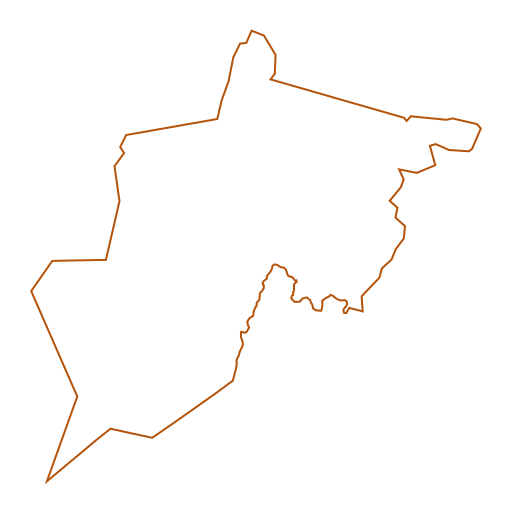 outline of Randolph, West Virginia, United States of America
{"feature_id": "52423323B54631605576846", "entity_name": "Randolph", "entity_type": "district", "adm_level": 2, "iso_a3": "USA", "parent_name": "United States of America", "parent_adm1": "West Virginia", "projection": "orthographic", "projection_center": [-79.767, 38.752], "detail": "fine", "context": "isolated", "style": "outline", "palette": "amber", "viewbox_px": 512, "rotation_deg": 0, "n_neighbors": 0, "source": "geoboundaries", "source_scale": "gbopen_adm2", "svg_char_len": 2086}
<svg xmlns="http://www.w3.org/2000/svg" viewBox="0 0 512 512"><path d="M46.9,481.3L51.5,477.5L68.1,463.6L80.2,453.5L95.9,440.3L110.5,428.7L131.3,433.3L152.2,437.8L176.5,421.0L201.3,403.5L217.1,392.3L232.9,380.6L233.8,377.1L234.8,373.3L235.8,369.4L236.7,364.8L236.6,359.9L239.0,354.8L239.9,351.3L242.1,347.0L242.9,344.0L242.4,340.7L241.2,338.2L240.9,335.1L241.0,332.3L241.4,331.7L242.7,332.0L243.6,332.5L245.1,332.8L246.9,331.5L249.1,327.4L247.9,325.1L247.3,321.5L249.4,318.3L253.2,315.7L253.6,312.1L254.3,309.8L254.9,308.7L255.8,306.7L256.7,305.2L256.6,303.6L257.0,302.4L259.2,300.0L259.7,297.1L259.8,293.5L262.5,290.2L263.8,288.1L263.9,285.4L263.0,284.9L262.6,283.0L263.7,281.0L266.8,278.7L266.9,276.0L268.9,273.5L270.6,271.5L272.1,268.4L272.4,266.1L273.8,264.6L276.4,264.6L278.4,265.7L280.6,267.1L283.8,267.7L285.8,269.4L286.8,272.1L287.7,275.3L289.5,276.4L292.4,277.2L294.5,279.9L295.7,280.9L296.4,280.5L296.6,282.1L295.3,282.7L293.9,284.8L294.0,287.1L294.0,290.6L293.1,292.5L293.3,293.3L293.0,295.2L292.0,295.6L291.2,297.9L292.4,299.7L294.5,301.8L298.1,301.9L300.2,301.4L302.2,298.6L306.8,297.4L310.3,300.4L311.0,302.8L312.3,304.7L313.0,308.3L315.8,310.3L318.8,310.6L321.2,310.7L321.9,308.4L322.4,304.6L322.2,300.7L325.6,298.2L329.2,296.4L330.4,294.9L332.9,295.7L333.8,296.7L337.1,299.1L340.6,300.5L344.5,300.1L346.7,301.2L347.1,304.1L346.1,306.3L343.7,309.1L343.4,311.0L344.3,313.0L346.3,313.0L347.5,310.8L349.3,307.9L362.7,311.4L361.6,296.3L379.3,277.8L381.9,268.4L391.5,259.6L395.7,249.3L403.8,238.4L405.0,226.1L395.5,217.7L397.4,207.7L389.7,200.8L400.9,187.2L403.7,179.4L399.1,169.4L416.8,172.9L435.3,165.2L429.9,145.8L435.7,144.1L449.1,150.0L468.8,151.3L472.1,148.8L480.8,128.5L477.0,124.1L452.4,118.4L446.5,119.8L410.9,116.3L406.6,121.0L404.1,117.8L339.7,99.3L270.6,79.4L274.8,73.7L275.6,55.0L264.0,35.6L251.6,30.7L246.3,42.9L240.0,43.6L233.3,57.4L228.6,81.2L221.6,100.5L217.3,119.0L126.2,135.0L120.2,147.1L124.1,153.0L114.5,166.2L119.5,201.2L105.9,259.9L97.8,260.0L52.3,260.9L31.2,291.1L65.1,368.7L77.3,396.5L46.9,481.3Z" fill="none" stroke="#b45309" stroke-width="2"/></svg>